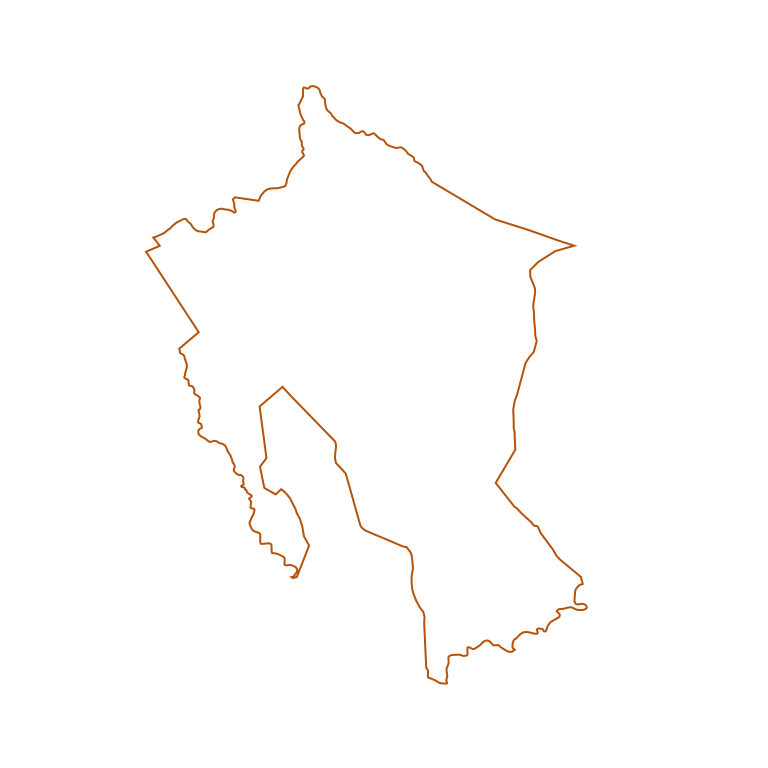 the district of La Paz, La Paz, Honduras, rotated 80°
{"feature_id": "27666195B4973342406625", "entity_name": "La Paz", "entity_type": "district", "adm_level": 2, "iso_a3": "HND", "parent_name": "Honduras", "parent_adm1": "La Paz", "projection": "albers", "projection_center": [-87.743, 14.31], "detail": "fine", "context": "isolated", "style": "outline", "palette": "amber", "viewbox_px": 768, "rotation_deg": 80, "n_neighbors": 0, "source": "geoboundaries", "source_scale": "gbopen_adm2", "svg_char_len": 6146}
<svg xmlns="http://www.w3.org/2000/svg" viewBox="0 0 768 768"><g transform="rotate(80 384 384)"><path d="M615.4,223.0L608.2,223.6L587.3,241.3L583.2,243.9L576.1,246.5L558.2,255.5L551.5,257.2L550.6,257.9L549.7,260.5L549.3,261.1L545.7,263.0L535.9,270.6L529.2,275.0L527.6,276.8L500.8,291.2L471.5,266.1L455.3,264.0L454.6,263.7L450.0,263.9L440.2,262.3L432.0,261.3L423.3,258.2L417.7,254.8L388.2,241.1L387.4,240.6L382.0,235.4L378.6,231.0L368.2,226.1L362.6,226.6L356.1,225.7L348.6,225.2L340.2,224.0L333.9,223.6L329.6,222.5L320.1,219.2L316.0,218.7L303.6,221.3L297.2,220.3L290.5,210.7L282.9,192.3L280.8,172.7L273.0,187.4L257.7,214.5L241.2,246.0L193.2,301.7L190.1,302.8L185.6,305.2L182.9,306.3L182.0,307.3L181.1,307.8L177.0,308.4L175.0,309.1L172.8,311.2L169.9,315.1L169.0,315.4L166.8,315.2L165.7,315.8L164.5,316.8L161.7,320.2L158.0,322.0L155.4,324.3L154.2,325.7L153.8,326.6L153.7,330.2L153.5,331.7L150.2,337.7L148.1,339.9L143.8,341.9L143.2,342.8L142.7,344.2L140.7,346.5L135.5,350.2L135.3,351.5L136.1,354.6L136.2,356.7L135.3,358.5L132.1,360.0L131.4,360.8L131.3,362.0L132.4,365.1L132.4,366.1L132.2,367.6L131.6,369.0L130.9,369.7L126.3,372.8L124.6,374.8L121.3,377.8L120.2,379.1L118.7,381.9L116.8,384.2L115.2,385.6L113.0,387.1L110.4,388.6L108.0,389.5L105.3,391.8L103.9,392.6L102.3,393.0L98.4,393.3L93.1,392.8L89.9,395.2L86.5,396.1L83.2,396.4L81.5,397.2L79.4,399.6L78.3,402.2L78.2,404.5L79.6,406.8L79.8,407.9L79.6,408.8L78.5,410.3L78.1,411.5L78.7,412.1L80.1,412.7L86.6,413.8L94.0,419.2L94.6,419.9L103.9,419.4L110.0,417.8L111.3,417.0L112.3,416.9L113.1,417.1L113.8,417.7L114.1,419.9L115.2,421.7L116.7,422.7L119.2,423.4L126.8,424.0L129.4,423.7L131.3,422.9L133.8,423.4L135.7,423.4L137.1,422.6L138.2,422.4L139.4,422.7L140.2,424.0L141.3,424.3L144.4,423.2L145.1,423.2L146.1,424.1L150.2,430.6L151.8,432.1L154.2,435.4L157.3,438.6L158.7,439.7L165.5,443.9L169.4,445.3L171.8,446.7L172.3,448.6L172.7,454.3L172.6,456.1L172.0,459.0L171.8,461.9L171.9,464.0L172.3,465.8L173.7,468.5L176.3,471.7L177.5,472.8L181.8,475.7L174.3,498.4L175.9,500.8L180.4,500.2L181.9,500.3L183.3,500.8L187.4,500.1L188.5,500.2L189.0,500.6L189.2,501.2L189.1,501.9L187.4,503.5L185.3,507.0L185.0,508.6L183.1,513.7L183.1,516.1L183.7,518.5L185.3,520.7L187.7,522.1L190.5,522.5L194.2,524.6L196.9,524.1L199.7,524.8L201.4,529.4L203.7,533.3L202.1,537.6L201.4,540.2L200.1,542.3L197.5,544.5L192.6,546.7L189.5,549.2L187.4,550.2L186.7,551.5L186.9,553.4L188.8,559.6L189.4,561.0L191.7,565.1L193.6,567.5L194.7,570.1L197.2,574.4L199.1,581.7L199.7,585.7L209.0,580.9L212.4,595.3L300.8,557.5L313.7,579.6L314.7,579.2L316.8,579.5L318.2,579.4L320.3,576.6L321.6,575.9L324.3,575.8L327.5,575.2L331.1,574.8L333.6,575.4L338.5,577.8L340.9,578.5L342.5,579.5L343.0,579.5L344.4,578.4L345.6,576.5L346.1,576.1L347.1,576.0L350.6,576.4L351.5,576.2L352.2,575.4L352.5,573.9L353.3,572.8L356.6,571.6L359.2,572.4L360.7,572.3L361.5,571.7L362.7,570.1L364.8,568.1L365.7,567.7L366.6,567.9L367.6,568.5L369.3,569.0L375.3,568.8L376.9,569.7L377.2,570.9L377.8,571.3L380.4,571.1L383.9,571.2L387.7,573.3L389.2,573.7L389.8,573.6L391.5,571.2L393.9,570.8L395.0,570.9L395.7,571.3L396.2,573.3L397.1,574.6L398.4,575.1L400.8,575.3L401.9,574.8L403.9,573.2L406.7,569.7L410.7,565.9L410.9,564.6L410.5,561.2L410.8,560.0L411.7,558.3L413.5,556.6L415.0,553.4L416.6,551.4L418.5,550.6L423.1,549.6L427.7,547.7L432.0,546.8L435.2,546.6L437.0,545.6L438.1,545.3L439.4,545.3L442.8,547.0L443.5,546.9L445.3,546.0L447.1,544.5L448.4,542.7L448.7,541.2L449.0,540.5L449.9,539.6L451.2,539.0L452.3,538.8L455.5,539.6L458.5,539.6L459.0,540.4L459.4,542.1L460.1,542.4L460.6,542.1L461.6,539.7L463.0,539.0L464.3,538.9L464.6,538.1L465.0,537.8L466.3,537.9L467.1,537.6L470.9,533.8L471.5,533.7L471.9,534.0L473.4,536.8L477.1,535.2L479.2,536.0L482.5,536.9L483.3,536.4L484.2,533.7L484.9,533.3L486.0,533.5L490.3,535.6L491.8,537.0L497.2,540.5L498.8,540.6L503.8,539.5L506.3,537.8L509.0,532.9L510.0,532.1L511.7,532.1L517.6,533.3L518.9,533.3L519.9,532.9L520.3,532.0L520.9,525.0L521.6,523.6L522.3,523.0L523.6,522.8L529.7,523.8L530.9,523.6L532.6,518.7L536.5,513.3L537.5,512.4L538.3,512.2L539.9,512.3L543.9,513.3L545.1,513.0L545.7,511.7L545.7,508.9L546.2,507.0L548.2,503.7L549.4,502.5L551.4,501.7L552.7,501.9L554.1,502.6L557.7,506.3L558.1,507.2L558.1,508.6L559.4,507.4L558.8,503.3L530.1,485.8L520.0,489.3L510.5,489.2L502.3,490.2L495.8,492.4L492.1,492.8L480.0,496.5L473.5,500.2L469.8,503.5L473.9,509.9L465.6,519.9L444.0,520.5L436.5,512.6L384.5,510.4L369.2,484.4L378.9,478.3L432.3,442.0L435.9,441.9L438.0,442.2L441.4,443.4L447.9,445.1L453.2,445.1L465.6,437.2L519.6,431.8L521.3,431.0L523.9,428.9L525.5,427.2L547.6,393.0L548.5,390.2L553.3,387.6L555.1,386.9L557.7,386.5L564.8,386.9L568.8,387.3L571.3,387.7L577.3,389.9L579.9,390.6L586.4,391.5L591.7,391.8L595.4,391.4L602.8,390.0L610.0,387.6L615.1,385.0L617.1,384.7L620.3,384.5L626.7,386.0L670.8,391.7L672.3,390.9L674.2,390.4L679.6,391.6L680.4,391.6L681.0,391.1L681.8,389.5L684.6,385.2L688.3,380.9L689.3,377.5L689.9,374.3L689.6,373.9L688.9,373.8L686.6,374.1L682.1,372.3L675.8,372.1L670.1,368.8L664.5,368.1L663.5,367.3L663.0,366.3L662.7,364.5L663.4,358.1L663.8,356.4L665.6,352.9L665.8,349.8L665.4,349.0L664.7,348.6L660.2,348.1L658.0,347.4L657.9,346.6L658.2,345.6L660.4,342.8L660.6,341.1L659.5,338.3L657.8,334.8L655.1,330.7L654.5,328.9L654.4,327.5L654.8,326.1L655.8,324.6L660.4,321.7L661.0,316.7L663.8,314.4L668.7,308.9L669.6,306.5L669.9,304.3L668.5,301.4L668.0,301.7L666.8,302.9L665.1,303.2L661.4,302.2L659.3,301.0L658.2,299.8L657.7,298.3L654.4,293.8L653.2,291.3L652.7,289.2L652.9,286.6L654.1,283.3L655.7,280.2L656.5,276.8L656.2,276.1L655.6,275.8L654.8,275.7L653.5,276.1L652.3,275.9L651.7,275.3L651.6,274.3L652.7,270.6L653.2,270.2L654.4,269.9L655.4,269.3L655.7,268.4L655.6,267.6L650.8,264.8L648.0,262.2L646.9,260.2L644.4,253.0L643.6,251.6L642.4,251.1L641.1,251.1L637.9,253.3L637.0,252.7L636.3,251.4L636.1,249.8L636.6,246.5L636.1,241.2L636.2,239.2L636.7,237.8L639.7,233.4L640.3,231.9L641.1,227.2L640.6,224.7L640.0,223.6L639.2,223.1L637.7,223.2L636.5,224.0L635.6,225.2L635.1,226.2L634.8,228.1L634.8,231.4L634.4,232.5L633.9,233.2L633.1,233.7L630.9,234.2L621.2,231.7L619.8,231.0L618.3,229.6L616.0,226.5L615.4,223.0Z" fill="none" stroke="#b45309" stroke-width="2"/></g></svg>